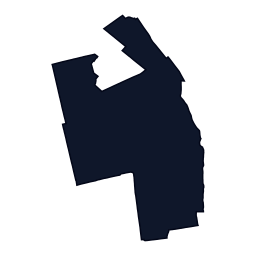 Greaca, Giurgiu, Romania, rotated 270°
{"feature_id": "2599482B7970474716808", "entity_name": "Greaca", "entity_type": "district", "adm_level": 2, "iso_a3": "ROU", "parent_name": "Romania", "parent_adm1": "Giurgiu", "projection": "mercator", "projection_center": [26.317, 44.122], "detail": "fine", "context": "isolated", "style": "filled", "palette": "ink", "viewbox_px": 256, "rotation_deg": 270, "n_neighbors": 0, "source": "geoboundaries", "source_scale": "gbopen_adm2", "svg_char_len": 5180}
<svg xmlns="http://www.w3.org/2000/svg" viewBox="0 0 256 256"><g transform="rotate(270 128 128)"><path d="M237.7,137.4L237.3,136.6L236.6,135.5L237.5,134.9L237.6,134.7L237.8,134.6L237.8,134.4L237.7,134.1L237.6,133.8L237.4,133.4L237.5,133.1L237.8,132.5L238.0,132.0L238.1,131.4L238.3,130.9L238.5,130.6L238.6,130.2L238.8,129.8L238.8,129.6L238.8,129.3L238.8,129.1L238.8,128.7L238.7,128.5L238.7,128.2L238.8,128.1L237.6,125.6L237.5,125.4L239.0,124.0L240.5,122.6L238.9,120.2L227.3,103.9L219.7,113.3L209.5,125.8L207.5,124.1L205.4,122.2L201.7,126.8L199.8,129.1L199.2,130.0L195.7,134.1L191.9,138.9L188.3,143.4L187.5,144.4L186.3,145.9L183.5,142.5L181.9,140.3L181.2,138.6L180.2,136.3L178.9,133.2L174.9,124.4L169.9,113.5L168.8,111.2L167.1,107.5L164.5,101.8L165.0,101.3L171.0,94.7L171.5,94.9L172.5,95.4L175.3,95.9L177.0,95.8L179.7,98.0L183.0,93.6L184.4,93.2L184.4,93.3L190.7,91.6L192.1,91.1L195.2,93.4L195.1,93.5L194.8,94.0L197.8,96.0L198.1,96.8L199.5,97.7L201.7,94.7L201.0,91.7L200.8,90.6L200.5,89.5L200.3,88.5L200.1,87.6L199.9,86.7L199.7,85.6L199.5,84.8L199.1,83.1L198.8,82.2L198.5,80.7L198.1,79.1L197.4,76.3L196.8,73.5L196.4,72.1L196.1,70.8L195.6,68.6L195.1,66.6L194.9,65.7L194.2,62.7L193.8,61.1L193.3,59.3L192.9,57.6L192.3,55.4L191.5,52.2L190.1,52.6L184.5,53.9L178.0,55.4L176.9,55.7L176.7,55.7L175.8,55.9L172.3,56.7L168.9,57.5L166.3,58.1L163.9,58.6L163.1,58.8L161.5,59.2L159.5,59.6L157.3,60.2L155.4,60.6L152.5,61.3L151.4,61.5L150.7,61.7L149.5,61.9L147.0,62.5L143.4,63.4L139.9,64.2L136.1,65.2L134.2,65.6L132.4,66.1L132.1,64.5L131.7,62.6L130.4,62.9L129.3,63.1L127.7,63.5L125.1,64.2L124.4,64.3L122.5,64.8L121.3,65.1L120.0,65.4L118.1,65.9L114.3,66.7L111.4,67.4L108.0,68.2L107.8,68.3L106.5,68.6L103.4,69.3L98.7,70.4L94.0,71.5L89.7,72.6L84.8,73.7L79.8,74.9L75.9,75.8L75.9,76.1L73.4,76.5L70.8,76.9L71.9,80.6L73.4,87.0L74.2,90.1L75.3,95.5L76.2,97.9L76.4,99.2L77.4,103.0L77.7,104.2L77.9,105.5L78.2,107.1L78.8,109.4L79.8,113.9L80.5,117.3L80.9,119.6L81.0,119.9L81.2,120.2L81.7,120.5L82.0,120.8L82.2,121.2L82.4,122.2L82.6,123.5L83.2,126.0L83.4,127.2L84.0,130.6L83.8,131.5L83.7,132.4L83.5,132.6L83.3,132.9L83.0,133.2L82.5,133.5L81.8,133.7L80.1,133.9L78.8,134.1L78.2,134.2L77.5,134.2L76.8,134.3L75.8,134.3L74.7,134.4L72.6,134.6L70.3,134.7L69.4,134.8L68.4,134.9L66.6,135.0L65.6,135.1L63.9,135.2L63.7,135.2L63.0,135.3L61.2,135.6L60.6,135.8L58.1,136.1L55.2,136.5L54.3,136.6L52.8,136.8L49.8,137.2L47.0,137.5L45.2,137.8L42.2,138.2L39.4,138.5L36.9,138.9L35.4,139.1L28.6,140.1L25.6,140.4L16.3,141.5L16.4,142.8L16.6,144.0L15.7,144.2L15.4,145.1L15.6,147.5L16.1,151.2L16.4,154.1L16.8,157.4L17.3,160.8L17.7,164.4L18.0,166.7L18.0,166.9L18.5,166.9L19.4,166.9L21.4,167.4L22.6,167.8L23.7,168.3L24.5,168.6L26.1,168.8L26.1,169.1L26.2,169.5L26.2,170.0L26.3,170.5L26.4,171.0L26.4,171.5L26.5,172.5L26.6,173.0L26.7,173.3L26.7,173.5L26.7,173.9L26.8,174.4L26.9,174.9L26.9,175.3L27.0,175.4L27.0,176.0L27.1,176.5L27.2,177.0L27.2,177.4L27.3,177.6L27.4,178.1L27.4,178.6L27.6,179.4L27.7,180.0L27.8,180.7L27.8,180.9L27.9,181.5L28.0,182.0L28.1,182.7L28.2,183.2L28.3,183.7L28.4,184.2L28.4,184.3L28.5,184.7L28.6,185.2L28.6,185.4L28.7,185.7L28.9,187.4L29.4,190.8L30.3,196.0L30.6,198.0L31.2,197.8L31.5,197.7L32.4,197.5L35.1,197.1L39.0,196.5L39.4,196.2L40.0,196.2L41.1,196.1L43.3,196.2L43.9,196.2L44.2,196.4L44.3,196.4L44.3,198.4L44.3,201.9L44.3,203.4L44.9,203.4L45.5,203.3L46.1,203.1L46.9,203.0L47.2,203.0L48.0,203.3L48.7,203.4L49.6,203.4L51.3,203.3L52.2,203.2L53.1,203.2L54.9,202.8L55.6,202.7L56.5,202.7L58.1,203.0L60.0,203.0L61.1,203.0L61.8,203.0L63.5,203.2L64.1,203.3L65.0,203.4L66.1,203.3L67.0,203.3L67.3,203.3L68.5,203.7L69.0,203.8L69.6,203.7L70.3,203.7L71.1,203.5L71.9,203.1L72.7,202.9L74.4,202.8L75.3,202.8L76.2,202.8L77.1,202.7L78.1,202.7L79.8,202.7L81.6,202.7L82.5,202.8L83.4,202.8L84.1,202.8L85.1,202.7L86.0,202.6L86.8,202.5L87.4,202.5L88.1,202.5L88.8,202.7L89.3,202.9L90.0,203.3L90.4,203.5L91.3,203.5L91.7,203.5L92.2,203.4L93.2,203.3L93.9,203.2L94.7,203.1L95.7,203.1L96.9,203.2L97.9,203.2L98.8,203.4L100.1,203.4L101.9,203.5L102.8,203.6L103.4,203.7L104.5,203.6L105.4,203.6L106.0,203.6L106.5,203.4L107.3,203.1L108.1,202.7L108.8,202.5L109.1,202.0L109.5,201.4L109.8,200.9L110.5,200.2L111.2,199.8L111.7,199.7L113.0,199.5L113.7,199.5L114.2,199.6L114.8,199.8L115.5,200.1L116.7,200.5L117.3,200.9L118.4,200.3L119.6,200.1L121.3,199.8L123.0,199.7L124.0,199.6L124.9,199.5L125.4,199.3L126.5,198.3L127.9,196.9L128.4,196.5L130.0,195.4L132.1,194.1L133.0,193.6L134.6,192.8L135.4,192.4L136.0,192.1L137.7,191.6L138.7,191.4L139.4,191.3L140.3,191.1L141.1,190.8L142.7,190.0L143.5,189.6L145.1,188.9L148.0,188.0L149.3,187.5L150.4,187.0L151.1,186.7L152.5,185.5L153.7,184.6L154.7,184.0L155.5,183.5L156.8,182.4L158.3,181.0L158.7,180.7L159.6,180.4L160.4,180.3L161.0,180.4L161.6,180.6L162.4,180.8L163.6,180.9L166.0,181.1L167.3,181.1L168.8,181.1L171.4,181.0L175.3,181.0L175.1,183.0L175.1,183.7L175.0,184.1L175.0,184.3L176.0,183.8L177.4,183.0L181.2,180.9L184.6,179.1L184.8,178.9L185.5,178.4L187.2,177.1L190.4,174.6L194.8,171.3L196.5,170.0L197.8,169.0L199.0,168.0L198.3,167.1L197.6,166.2L210.6,155.7L213.1,153.5L213.9,152.8L216.8,150.9L219.6,149.7L221.9,148.3L227.3,144.4L229.0,143.2L237.7,137.4Z" fill="#0f172a" stroke="#020617" stroke-width="1.5"/></g></svg>